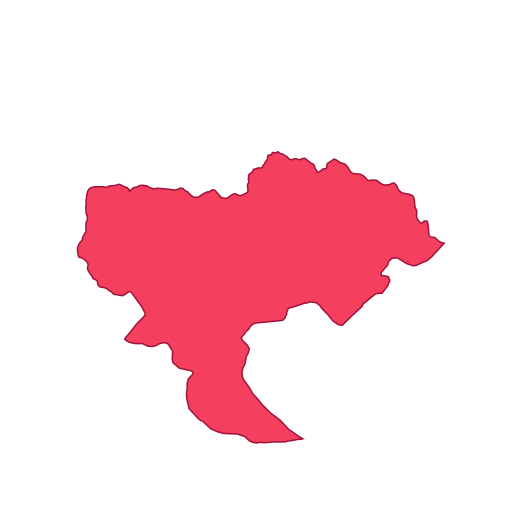 outline of San Juan Sacatepéquez, Guatemala, rotated 46°
{"feature_id": "79465075B9598749560130", "entity_name": "San Juan Sacatepéquez", "entity_type": "district", "adm_level": 2, "iso_a3": "GTM", "parent_name": "Guatemala", "parent_adm1": "", "projection": "orthographic", "projection_center": [-90.67, 14.779], "detail": "fine", "context": "isolated", "style": "filled", "palette": "rose", "viewbox_px": 512, "rotation_deg": 46, "n_neighbors": 0, "source": "geoboundaries", "source_scale": "gbopen_adm2", "svg_char_len": 6154}
<svg xmlns="http://www.w3.org/2000/svg" viewBox="0 0 512 512"><g transform="rotate(46 256 256)"><path d="M92.0,328.2L92.0,329.9L92.2,330.8L92.6,332.2L94.2,334.9L94.7,335.5L98.0,339.6L98.4,340.2L99.2,340.8L100.3,341.5L101.4,343.2L101.9,343.8L106.5,347.9L108.3,349.1L110.4,349.9L111.4,350.8L112.0,351.3L113.0,352.5L113.3,353.3L114.1,355.1L114.5,355.8L115.6,356.8L119.6,360.7L120.2,361.4L121.3,364.9L121.6,366.0L122.0,367.2L122.4,367.8L123.0,368.5L123.7,370.0L123.9,371.4L124.0,372.9L124.2,374.0L125.0,376.4L126.3,378.9L127.1,379.7L128.6,381.0L131.8,383.3L133.5,384.2L134.4,383.8L135.7,383.0L136.7,382.5L137.4,382.3L138.2,382.1L139.5,381.9L141.7,381.8L143.3,381.9L144.0,382.0L145.2,382.5L146.0,383.2L147.2,385.0L148.0,385.9L149.1,386.6L149.8,386.8L152.8,387.6L155.3,387.8L156.4,387.9L158.1,388.7L158.9,388.9L159.8,388.7L162.2,387.7L163.6,387.6L164.3,387.9L166.3,389.3L167.2,389.7L168.2,389.9L169.3,389.9L170.4,389.4L171.9,388.2L173.1,387.4L175.4,386.1L176.3,385.9L177.7,385.8L179.3,385.6L180.4,385.2L181.5,385.0L182.3,384.9L184.3,384.9L185.1,384.7L185.7,384.3L186.3,383.7L187.8,382.5L188.5,382.1L189.2,381.8L192.1,379.2L193.5,372.0L194.8,370.9L213.1,373.4L220.4,375.7L221.4,376.9L221.8,380.2L222.0,389.2L223.7,401.6L224.0,406.2L224.8,408.4L229.2,407.5L232.0,405.9L234.9,403.9L240.0,398.6L245.6,396.5L248.4,394.1L249.6,392.7L251.1,389.8L252.3,385.4L254.9,381.9L258.2,380.3L266.6,382.1L271.9,387.8L275.0,389.8L283.6,389.1L286.1,387.3L291.5,383.7L292.4,382.9L295.4,381.9L297.0,383.2L297.5,390.2L299.9,394.1L303.3,397.3L306.7,401.7L310.4,404.8L319.4,410.2L332.5,410.5L335.8,410.1L337.5,409.1L348.9,408.6L356.9,405.3L357.3,404.4L358.9,404.1L361.6,402.1L371.4,392.8L373.5,391.9L378.0,389.5L384.2,389.2L388.0,387.7L391.7,384.7L392.2,383.2L396.7,379.1L402.0,372.4L404.5,370.0L407.2,367.1L408.2,365.8L409.7,364.6L411.0,362.1L415.2,356.2L417.2,352.9L418.6,351.7L420.0,349.3L416.0,350.4L405.6,352.4L404.9,352.9L390.9,352.7L378.9,354.6L366.1,354.8L362.5,354.3L352.6,353.9L345.4,352.1L336.0,350.8L332.8,349.2L329.7,346.7L327.4,343.1L326.1,339.2L323.4,335.2L321.6,333.1L320.4,329.1L318.0,325.1L313.6,324.2L306.6,324.3L304.7,323.6L303.5,315.8L303.6,311.3L302.9,310.2L302.7,306.4L303.9,302.9L315.5,288.3L320.8,281.5L320.7,277.8L319.7,276.5L319.4,274.6L317.5,272.6L316.1,268.9L318.9,264.0L323.0,255.3L323.6,253.9L324.9,252.4L326.8,248.7L331.8,245.0L337.5,244.4L338.5,245.1L347.9,245.0L356.0,245.8L362.6,244.4L365.8,242.2L365.7,226.0L365.9,214.6L364.9,212.9L366.3,195.9L370.4,191.0L368.8,181.6L367.4,178.9L367.2,177.6L366.1,176.4L362.6,175.2L358.1,178.5L357.2,179.4L354.9,177.7L353.9,167.4L352.0,164.3L352.2,159.7L355.3,155.6L365.7,153.1L372.5,149.6L374.1,147.1L376.6,140.0L378.2,136.4L378.6,129.8L377.5,111.7L376.1,112.7L374.9,113.4L372.6,114.1L371.0,114.3L367.4,114.5L366.1,115.0L364.7,116.5L363.6,117.2L362.6,117.2L361.7,117.1L360.7,116.8L357.3,113.9L354.5,111.8L351.9,109.8L351.0,109.1L350.0,108.8L349.0,109.3L348.3,109.9L347.7,110.8L347.6,111.8L347.7,112.6L347.5,114.0L346.8,114.6L345.6,114.8L344.4,114.7L343.3,114.6L341.0,114.1L339.8,113.5L338.9,112.8L336.2,110.0L334.8,108.8L333.7,108.4L333.0,108.2L331.0,107.4L330.4,107.0L325.6,103.2L324.0,102.2L322.3,101.5L321.1,101.6L320.0,101.9L319.0,102.4L317.3,103.4L315.0,105.1L312.5,106.8L311.0,107.3L309.5,107.5L308.8,107.6L307.0,107.4L305.8,107.2L305.1,107.0L304.1,106.2L302.1,105.9L301.0,105.9L299.9,105.9L298.9,106.4L298.3,107.5L297.6,109.9L297.1,110.8L295.2,113.2L294.3,114.1L293.5,114.7L292.3,115.3L290.1,116.0L286.1,116.4L285.0,116.9L284.2,117.6L283.3,118.6L282.2,119.6L281.4,120.5L280.3,122.1L279.8,122.6L278.8,123.0L278.0,123.0L274.8,122.9L272.8,123.1L270.9,123.6L270.0,124.0L268.5,125.0L264.7,128.4L263.5,129.1L262.5,129.3L261.5,129.4L260.1,129.3L257.4,128.6L255.0,128.2L252.4,128.1L251.2,128.4L250.3,128.8L247.8,130.3L247.1,130.6L244.8,131.0L242.0,131.7L240.8,132.3L240.4,133.2L240.1,134.5L239.7,137.2L239.1,139.7L239.1,140.7L240.8,142.9L241.4,143.9L241.6,144.7L241.2,145.9L240.3,146.7L239.9,147.5L239.7,150.1L238.9,153.2L238.2,153.7L237.2,153.2L236.0,152.8L234.6,152.7L233.6,152.4L232.3,151.7L231.7,151.3L230.3,151.0L228.8,151.3L227.8,151.9L226.5,152.1L222.0,152.6L220.7,152.8L219.5,153.1L218.4,154.5L217.5,156.7L217.2,157.4L216.6,158.1L215.7,158.8L214.7,159.2L213.7,159.7L213.0,160.4L212.5,161.3L211.9,162.8L211.2,163.8L210.5,164.4L209.7,164.6L208.7,164.8L206.5,164.6L205.7,164.8L205.0,165.1L203.6,165.5L201.6,165.8L199.0,167.4L198.1,167.6L197.0,167.6L196.1,168.1L195.8,169.0L195.6,169.8L195.2,170.5L193.4,171.7L193.1,172.8L193.8,174.5L193.2,175.6L192.3,176.5L192.0,177.6L192.7,178.7L193.5,179.5L194.0,180.2L194.5,181.5L194.8,183.8L195.5,185.7L195.7,186.7L195.7,188.1L196.6,189.9L196.2,191.3L194.7,192.6L193.9,193.8L193.4,194.9L193.0,196.0L192.3,197.0L191.9,197.6L192.5,198.7L192.9,200.0L192.9,201.1L192.8,201.9L192.5,203.0L192.5,203.8L192.6,204.7L193.5,205.9L195.7,208.4L197.0,209.1L197.7,209.3L198.4,210.8L198.4,212.0L199.4,213.2L203.2,216.2L203.9,217.0L204.1,217.9L204.0,218.9L203.6,220.6L202.2,224.3L201.7,225.3L200.8,226.0L199.1,226.9L197.9,227.2L196.9,227.6L196.1,228.5L195.5,229.8L195.0,232.1L194.7,234.0L194.6,235.6L194.1,236.9L193.4,237.8L191.0,239.7L190.3,240.0L189.5,240.3L186.7,240.3L182.0,239.9L180.7,239.9L180.0,240.0L179.0,240.6L178.3,241.3L177.8,242.1L177.4,244.7L177.0,245.5L176.1,246.6L175.7,247.3L175.3,248.4L174.6,250.9L174.3,252.3L173.9,254.6L173.4,256.9L172.7,257.8L172.1,258.5L170.2,259.9L169.0,260.3L166.8,260.6L165.0,260.7L162.3,260.6L161.3,261.0L160.1,261.6L156.6,261.7L155.6,262.3L154.7,263.2L154.3,263.9L153.7,265.9L153.2,266.9L152.9,267.6L152.2,268.6L151.1,269.5L146.9,272.7L145.0,274.4L142.5,276.6L140.0,278.7L139.1,279.5L138.5,280.2L138.0,281.2L137.3,282.1L136.7,282.8L134.8,284.0L134.0,284.4L132.6,285.0L130.0,285.7L129.2,286.1L126.2,288.6L125.5,289.4L124.3,291.1L123.9,293.3L122.0,296.3L121.6,297.9L121.9,300.2L121.9,301.7L121.0,302.0L120.2,301.1L118.3,301.1L117.3,301.2L115.7,302.1L114.6,302.6L113.5,303.0L110.0,304.2L109.3,304.7L108.6,305.9L107.6,308.0L107.1,308.7L103.9,312.7L103.2,314.1L103.1,315.0L102.3,316.3L101.5,316.9L100.6,317.4L99.5,318.2L98.2,319.5L96.7,321.3L94.5,323.6L93.3,325.2L92.3,327.1L92.0,328.2Z" fill="#f43f5e" stroke="#9f1239" stroke-width="1.5"/></g></svg>